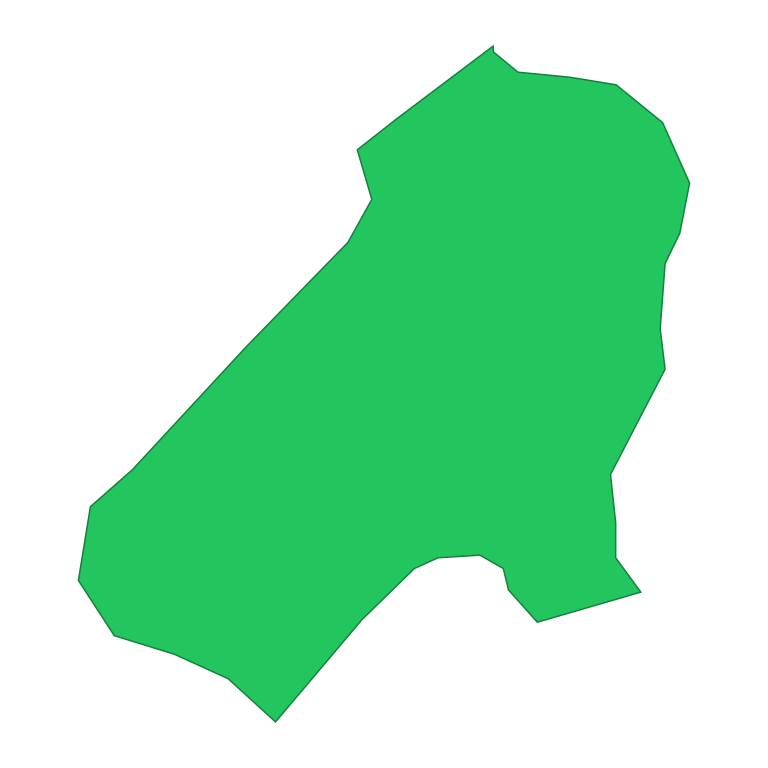 outline of Dalseo-gu, Daegu, South Korea, rotated 90°
{"feature_id": "91817680B1574399427608", "entity_name": "Dalseo-gu", "entity_type": "district", "adm_level": 2, "iso_a3": "KOR", "parent_name": "South Korea", "parent_adm1": "Daegu", "projection": "robinson", "projection_center": [128.53, 35.815], "detail": "fine", "context": "isolated", "style": "filled", "palette": "green", "viewbox_px": 768, "rotation_deg": 90, "n_neighbors": 0, "source": "geoboundaries", "source_scale": "gbopen_adm2", "svg_char_len": 583}
<svg xmlns="http://www.w3.org/2000/svg" viewBox="0 0 768 768"><g transform="rotate(90 384 384)"><path d="M721.9,492.5L619.5,405.9L568.5,353.6L557.8,330.1L555.1,288.2L568.5,264.7L590.0,259.5L622.2,230.7L592.1,127.2L557.8,152.3L522.9,152.3L474.5,157.5L369.2,102.9L328.9,107.8L263.5,102.9L233.3,88.2L183.0,78.4L122.6,105.4L84.8,151.9L77.2,198.5L72.2,250.0L52.0,274.5L46.1,274.9L119.5,372.2L149.8,410.7L199.4,396.2L242.4,420.1L346.9,521.9L469.8,635.7L506.7,677.6L580.4,689.6L635.7,653.7L654.2,593.8L678.7,539.9L721.9,492.5Z" fill="#22c55e" stroke="#15803d" stroke-width="1.5"/></g></svg>